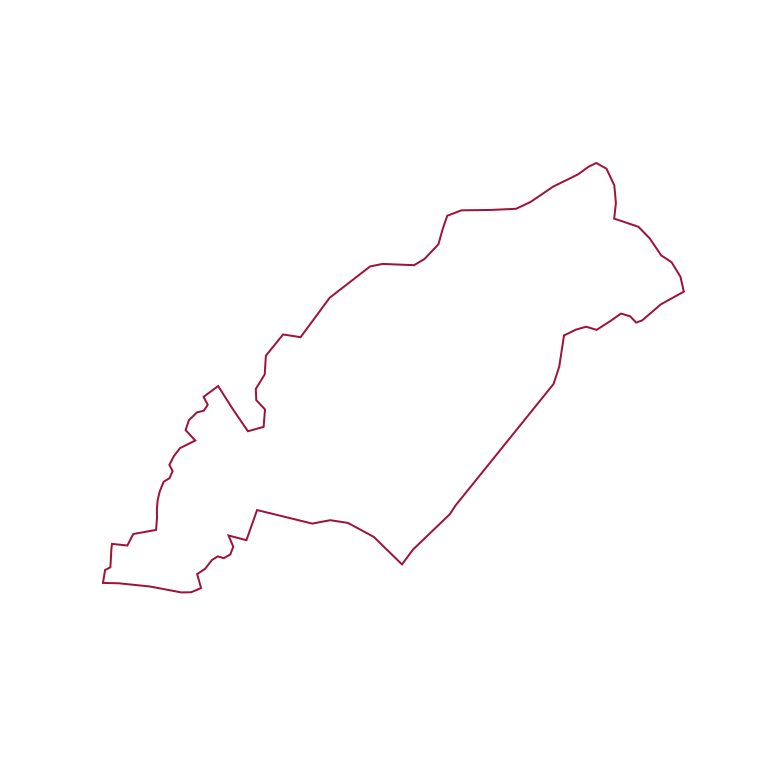 Mirzo Ulugbek, Tashkent, Uzbekistan, rotated 350°
{"feature_id": "79887680B41064680481751", "entity_name": "Mirzo Ulugbek", "entity_type": "district", "adm_level": 2, "iso_a3": "UZB", "parent_name": "Uzbekistan", "parent_adm1": "Tashkent", "projection": "robinson", "projection_center": [69.307, 41.302], "detail": "fine", "context": "isolated", "style": "outline", "palette": "rose", "viewbox_px": 768, "rotation_deg": 350, "n_neighbors": 0, "source": "geoboundaries", "source_scale": "gbopen_adm2", "svg_char_len": 1347}
<svg xmlns="http://www.w3.org/2000/svg" viewBox="0 0 768 768"><g transform="rotate(350 384 384)"><path d="M72.7,531.1L88.2,534.2L118.4,542.8L148.0,554.0L157.8,555.6L168.4,553.2L167.0,538.7L175.6,535.0L184.1,527.4L190.4,524.9L196.0,527.7L203.0,525.2L207.3,518.1L204.6,506.2L221.4,513.9L237.1,486.1L289.1,509.0L307.4,508.8L324.3,514.5L347.4,532.8L370.4,564.8L383.9,552.0L426.3,523.6L433.4,516.0L551.0,413.4L559.6,397.3L564.0,384.3L569.7,367.4L582.4,363.8L593.0,362.7L602.8,367.6L617.6,361.4L629.6,355.8L638.1,360.0L643.0,367.3L649.3,366.2L670.5,353.6L695.3,345.1L694.6,330.0L688.4,314.1L679.3,305.4L671.0,286.8L661.9,273.4L639.4,261.1L643.8,246.1L645.3,228.4L640.5,210.6L631.4,203.2L623.0,205.6L611.6,211.2L584.8,219.0L560.1,230.1L544.5,234.4L519.2,231.1L490.3,226.4L475.5,229.3L468.4,242.2L461.9,255.8L445.6,267.9L434.3,272.2L403.4,265.5L390.7,265.8L345.5,289.6L310.0,323.4L293.2,317.7L272.6,335.6L268.2,353.8L256.9,366.6L255.4,377.7L262.4,388.4L258.0,405.3L241.8,406.9L230.7,382.4L220.3,357.2L204.1,365.3L206.8,373.9L201.9,379.0L194.8,379.5L185.6,385.8L180.6,394.9L188.3,406.9L172.0,411.7L164.3,418.8L158.6,426.4L160.7,433.1L156.4,439.5L150.0,442.0L144.4,451.0L140.8,459.4L138.6,467.9L137.2,476.4L134.2,488.1L111.0,488.2L103.2,498.5L88.4,494.2L87.0,498.7L82.7,517.0L77.0,518.8L72.7,531.1Z" fill="none" stroke="#9f1239" stroke-width="2"/></g></svg>